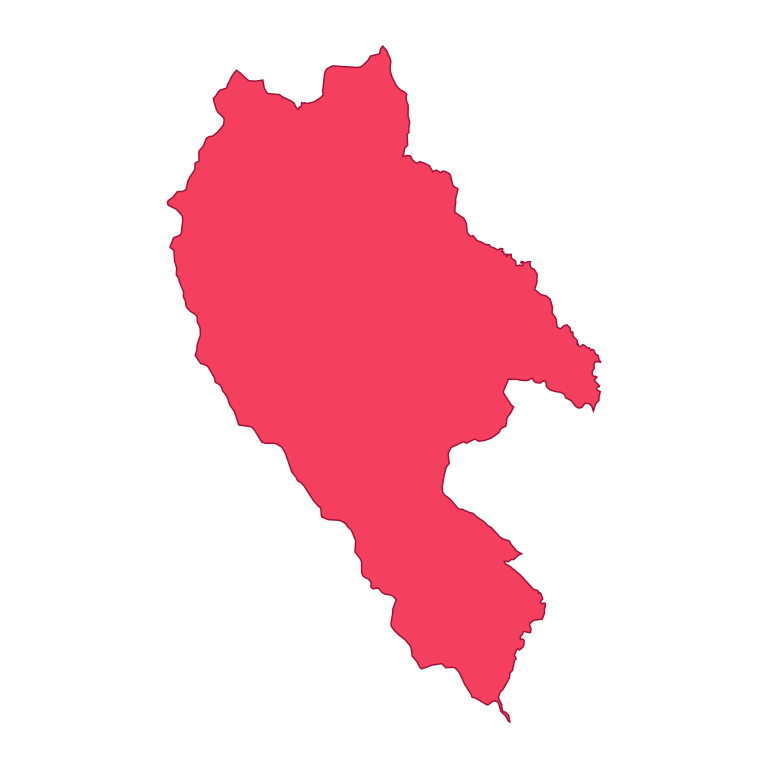 outline of Dai Tu, Thái Nguyên, Vietnam
{"feature_id": "81297802B22157258808987", "entity_name": "Dai Tu", "entity_type": "district", "adm_level": 2, "iso_a3": "VNM", "parent_name": "Vietnam", "parent_adm1": "Thái Nguyên", "projection": "equal_earth", "projection_center": [105.65, 21.604], "detail": "fine", "context": "isolated", "style": "filled", "palette": "rose", "viewbox_px": 768, "rotation_deg": 0, "n_neighbors": 0, "source": "geoboundaries", "source_scale": "gbopen_adm2", "svg_char_len": 6082}
<svg xmlns="http://www.w3.org/2000/svg" viewBox="0 0 768 768"><path d="M509.8,721.9L508.6,715.3L505.8,712.3L503.4,711.6L502.6,710.7L501.5,705.9L501.9,705.0L498.8,698.9L498.5,696.7L500.2,692.2L503.3,688.9L509.5,677.8L509.8,673.2L512.5,670.3L514.5,660.5L516.1,658.9L515.7,657.4L514.3,655.6L516.6,649.8L517.7,648.6L518.9,649.9L519.6,649.9L522.7,647.4L524.0,644.6L524.0,640.8L523.6,639.7L522.4,639.0L520.6,639.3L520.1,636.9L522.5,634.4L523.0,632.4L523.8,631.4L529.7,632.7L530.5,632.3L531.0,629.2L529.6,624.8L529.6,624.1L531.1,622.3L533.8,620.3L542.3,619.1L544.4,613.3L544.5,608.8L545.2,606.6L545.3,603.5L544.1,603.0L541.7,603.8L540.5,602.2L541.2,600.3L542.6,599.5L542.6,598.6L541.0,594.0L540.3,592.9L539.5,592.6L538.6,593.4L538.1,591.0L537.5,590.4L533.5,589.4L520.3,575.0L510.0,566.4L505.6,564.1L504.3,561.3L508.6,561.6L511.3,559.5L513.6,559.6L518.5,555.1L521.6,553.7L516.8,551.2L511.1,544.3L509.2,540.9L502.8,538.8L499.8,536.9L491.6,527.9L487.6,525.5L483.8,521.6L477.0,517.1L473.1,513.4L469.1,512.4L462.8,509.5L458.5,508.9L450.3,499.3L444.7,495.1L443.3,493.4L442.5,491.4L442.2,486.9L443.9,476.1L446.3,467.1L449.2,463.4L448.2,454.8L448.5,452.5L451.1,447.5L461.9,442.4L464.3,441.9L466.6,443.2L474.7,439.0L478.6,441.2L484.1,440.6L491.5,438.0L498.3,433.0L499.8,431.4L500.0,429.8L501.4,428.4L505.8,426.1L507.1,417.7L510.7,412.8L513.6,407.0L511.0,404.7L503.5,393.0L503.4,391.6L504.1,389.4L507.4,382.0L508.2,379.2L518.1,379.4L519.8,380.1L526.1,380.6L528.5,380.1L531.8,378.0L534.3,381.6L536.0,382.6L540.6,383.0L542.5,381.2L545.0,381.3L546.0,382.2L546.5,386.6L549.7,389.8L555.7,391.6L560.3,392.2L563.9,394.0L564.7,394.9L565.8,397.9L571.4,400.8L575.4,406.0L577.5,407.7L579.0,408.0L581.7,407.5L584.9,403.4L588.1,403.5L589.7,404.1L591.7,406.2L593.4,411.0L595.6,404.1L599.1,400.0L598.8,398.2L600.2,391.6L597.0,390.0L596.7,388.8L597.1,387.3L597.6,386.7L599.3,386.7L599.5,386.0L594.4,380.5L594.5,379.6L596.7,377.5L596.7,376.6L593.4,376.1L592.5,375.0L592.2,373.1L592.4,371.3L594.1,368.5L594.0,363.9L594.4,362.8L596.8,361.5L600.5,362.2L600.3,361.3L599.3,360.5L598.0,355.3L595.7,354.5L593.7,349.9L591.8,349.3L590.7,350.3L589.2,347.8L587.4,348.0L584.8,345.6L582.9,344.6L580.6,346.5L578.5,346.3L578.1,345.2L578.4,344.1L576.8,344.1L576.7,343.6L577.4,342.0L576.9,340.0L573.3,336.8L572.8,332.3L572.5,331.8L571.1,332.5L570.6,332.2L570.1,327.9L567.0,324.9L563.6,325.8L560.7,328.8L559.0,328.3L557.1,326.8L556.1,319.3L554.9,316.8L552.0,312.8L552.5,307.5L550.1,299.1L545.9,295.8L540.9,294.7L534.6,289.4L536.8,282.9L537.1,274.1L534.2,269.2L532.5,268.8L530.9,267.4L529.8,264.1L530.5,261.7L528.3,261.6L525.6,262.8L521.6,261.4L520.8,262.4L521.0,262.9L522.3,262.9L522.8,263.5L522.5,265.6L519.6,265.1L517.1,265.9L516.3,265.6L515.4,261.0L511.5,258.1L511.2,254.4L509.6,254.4L506.6,256.5L506.4,256.1L507.4,254.3L504.1,254.3L503.7,252.0L501.8,251.4L502.8,249.7L502.6,248.7L500.2,248.5L499.2,249.5L497.2,249.8L493.9,247.8L490.0,246.7L489.7,245.0L489.0,244.7L485.5,244.4L481.1,242.0L477.2,240.7L473.1,235.7L471.2,236.3L469.9,235.9L467.2,232.4L466.4,223.3L463.6,218.1L454.9,212.4L455.0,206.9L455.7,203.2L455.6,199.1L457.9,188.7L453.8,186.5L452.5,184.2L450.3,174.7L448.7,173.1L444.2,171.1L442.4,171.2L440.9,172.7L436.8,170.3L435.7,170.3L434.6,170.5L432.8,171.9L429.4,165.7L424.8,163.3L419.6,161.6L418.1,162.8L415.8,162.9L412.4,159.9L410.8,156.5L409.6,155.7L407.7,155.5L403.1,156.4L404.7,148.4L407.7,144.9L407.0,134.4L408.9,132.5L408.8,127.1L409.7,122.6L408.0,115.3L408.2,106.6L407.9,104.3L406.4,100.9L406.1,96.2L406.8,94.3L404.4,92.0L400.4,89.8L397.9,87.5L396.4,85.7L393.7,80.5L391.8,76.5L390.3,70.9L390.0,67.7L390.8,61.9L390.4,59.3L386.7,50.9L382.8,46.1L380.7,48.6L379.7,53.2L379.1,54.0L370.7,56.0L368.0,60.3L362.0,66.2L358.9,67.3L355.3,67.4L333.3,65.9L331.2,66.4L327.1,68.7L325.6,70.8L324.6,74.0L322.7,91.4L323.2,94.9L320.4,97.8L314.1,101.9L307.0,103.6L304.6,102.7L303.9,103.4L301.8,102.7L301.2,106.7L299.3,107.1L298.4,109.2L296.6,108.1L295.2,105.9L294.3,103.3L291.3,101.1L282.5,96.9L279.5,94.6L268.8,93.7L266.9,92.8L264.1,87.8L262.8,80.1L256.0,81.1L249.3,80.9L246.6,79.1L240.1,72.8L236.3,70.3L231.8,76.2L228.5,83.3L227.7,84.1L226.8,87.5L226.1,88.4L220.2,90.0L217.9,92.4L215.7,96.1L213.4,98.4L214.0,101.8L216.6,110.1L218.1,112.6L222.9,117.0L223.9,118.6L224.2,120.5L223.4,125.1L217.6,132.1L212.8,136.1L208.8,136.7L206.3,138.5L203.4,146.0L199.1,151.0L198.8,153.1L199.1,161.0L195.1,163.2L194.8,169.6L190.0,176.9L187.8,181.3L186.2,189.0L185.6,189.9L182.7,191.4L177.4,191.6L173.0,197.1L168.4,200.5L167.5,202.0L168.1,205.1L176.3,209.2L181.2,214.5L182.5,216.8L182.7,221.4L181.1,234.1L179.2,235.6L173.6,237.8L170.1,246.8L170.2,247.5L173.7,250.3L174.0,251.3L174.6,261.6L175.7,263.7L175.9,265.9L176.7,267.7L176.3,274.8L178.4,277.9L179.4,281.8L183.2,290.9L183.7,292.8L183.3,295.8L183.6,297.4L185.2,300.3L186.1,306.1L187.3,308.2L190.3,311.2L195.1,314.3L197.1,316.5L197.5,322.8L198.9,324.6L200.2,328.7L200.4,335.2L197.3,344.3L196.9,350.0L195.2,355.3L200.6,363.4L206.6,365.5L208.3,367.1L214.8,378.5L215.2,382.1L219.7,384.8L221.4,387.1L223.0,391.4L224.9,393.6L227.2,397.3L230.0,405.2L234.4,411.6L238.9,425.0L251.0,426.8L252.3,427.5L254.7,430.4L261.8,442.1L265.8,443.3L274.4,443.3L277.0,444.2L281.3,446.8L283.4,449.5L286.0,454.9L291.9,472.1L296.2,477.5L297.5,480.6L301.1,482.7L303.9,485.7L313.5,500.6L318.7,506.6L320.4,507.4L321.0,509.6L321.3,515.3L322.0,517.1L328.4,519.7L338.2,520.2L341.7,521.1L345.8,523.8L348.0,527.1L351.2,529.9L355.7,540.6L355.0,551.9L360.1,558.5L361.2,560.7L361.6,562.4L361.6,572.5L362.8,575.7L365.0,577.5L368.2,578.9L370.5,581.4L371.2,583.7L370.8,586.8L372.8,588.9L378.0,587.9L382.6,592.9L385.3,594.2L390.6,594.9L392.6,595.8L396.3,599.6L392.9,608.9L392.6,613.7L391.0,623.5L391.3,626.2L394.4,630.6L398.6,634.6L405.4,640.0L410.0,645.5L411.3,648.7L412.2,656.1L417.2,662.0L419.5,666.7L420.7,668.3L421.8,668.8L432.2,665.1L441.9,663.6L445.7,667.7L452.8,667.3L455.3,668.0L459.3,672.5L464.9,684.6L471.1,694.2L472.2,697.4L475.0,697.8L486.9,704.8L488.5,704.6L492.1,701.7L494.4,700.9L497.1,701.5L498.6,703.3L500.8,711.0L501.7,712.4L505.3,715.4L508.4,721.1L509.8,721.9Z" fill="#f43f5e" stroke="#9f1239" stroke-width="1.5"/></svg>